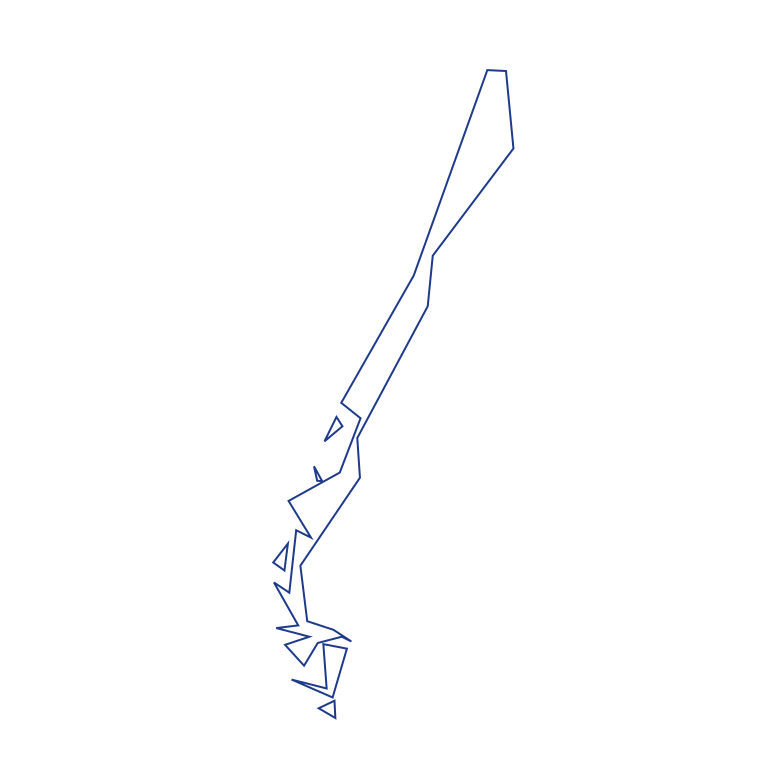 map outline of Chile (Mercator projection), rotated 16°
{"feature_id": "CHL", "entity_name": "Chile", "entity_type": "country or territory", "adm_level": 0, "iso_a3": "CHL", "parent_name": "South America", "parent_adm1": "", "projection": "mercator", "projection_center": [-72.304, -36.699], "detail": "coarse", "context": "isolated", "style": "outline", "palette": "blue", "viewbox_px": 768, "rotation_deg": 16, "n_neighbors": 0, "source": "natural_earth", "source_scale": "50m", "svg_char_len": 767}
<svg xmlns="http://www.w3.org/2000/svg" viewBox="0 0 768 768"><g transform="rotate(16 384 384)"><path d="M396.8,53.8L415.0,49.5L443.5,121.9L395.5,247.2L404.6,297.2L373.2,443.3L386.7,480.7L353.7,581.7L375.6,633.2L403.1,634.2L423.6,640.5L413.0,638.6L391.7,651.2L384.8,676.8L360.8,662.0L381.9,647.5L347.7,648.3L368.1,639.7L332.9,605.1L350.5,610.7L339.9,548.8L356.2,551.8L324.5,522.7L365.9,481.3L370.9,423.4L348.1,413.9L382.7,271.5L396.8,53.8ZM421.3,648.6L421.0,699.5L376.6,693.6L412.8,692.5L397.4,650.8L421.3,648.6ZM355.7,436.1L342.6,455.5L347.4,428.8L355.7,436.1ZM335.6,563.9L339.7,590.7L326.7,586.1L335.6,563.9ZM410.6,713.7L423.7,702.1L429.3,718.5L410.6,713.7ZM339.4,482.4L351.2,494.3L346.5,495.5L339.4,482.4Z" fill="none" stroke="#1e3a8a" stroke-width="2"/></g></svg>